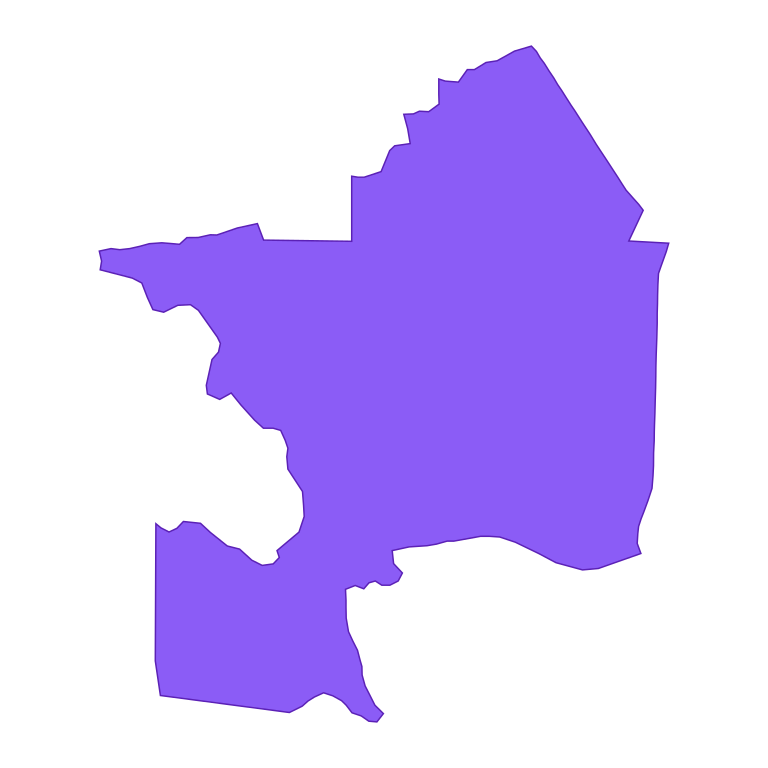 the district of Caxingó, Piauí, Brazil
{"feature_id": "56859067B67253646809500", "entity_name": "Caxingó", "entity_type": "district", "adm_level": 2, "iso_a3": "BRA", "parent_name": "Brazil", "parent_adm1": "Piauí", "projection": "natural_earth1", "projection_center": [-41.859, -3.393], "detail": "fine", "context": "isolated", "style": "filled", "palette": "violet", "viewbox_px": 768, "rotation_deg": 0, "n_neighbors": 0, "source": "geoboundaries", "source_scale": "gbopen_adm2", "svg_char_len": 2428}
<svg xmlns="http://www.w3.org/2000/svg" viewBox="0 0 768 768"><path d="M257.4,223.6L237.3,228.0L216.8,235.0L210.3,234.8L198.2,237.5L186.9,237.6L179.5,244.3L170.6,243.5L161.8,242.8L149.3,243.7L139.9,246.3L129.7,248.6L119.8,249.7L111.0,248.6L99.3,251.1L101.6,261.1L100.2,269.8L132.3,278.1L141.8,283.0L147.4,297.5L152.9,309.6L163.7,312.2L177.8,305.3L190.5,304.7L198.4,310.3L217.4,337.2L220.4,343.4L218.5,352.1L212.0,359.5L206.3,385.3L207.4,394.0L219.7,399.4L231.2,393.0L241.0,405.1L254.7,420.3L263.4,428.2L273.1,428.2L280.7,430.4L285.2,440.3L287.9,448.2L286.8,456.7L287.9,469.1L302.5,491.5L303.6,505.8L304.2,516.5L299.0,532.1L277.0,550.6L279.3,557.5L273.2,563.9L262.2,565.4L251.8,560.2L239.6,549.1L227.3,546.0L210.3,532.4L200.5,523.3L183.4,521.5L176.9,528.3L169.0,532.0L161.0,527.9L155.9,523.7L155.3,660.9L160.4,695.5L289.4,712.5L302.3,706.1L307.9,701.1L314.4,697.0L323.6,692.8L332.8,695.8L341.6,700.7L346.2,705.2L352.0,712.8L361.2,715.9L368.8,721.2L376.9,721.9L383.4,713.6L374.9,705.2L369.6,694.7L365.1,685.9L362.1,675.0L361.9,666.5L360.0,659.9L357.5,650.3L352.7,640.8L348.5,631.7L346.2,618.1L346.0,607.5L346.0,600.2L345.5,589.3L355.2,585.5L363.8,588.8L369.0,582.8L375.3,581.0L381.8,585.2L389.9,585.2L398.2,581.0L402.4,573.0L393.6,563.6L392.2,550.6L409.1,546.9L427.1,545.7L436.5,544.1L447.2,541.1L453.9,541.1L480.6,536.3L489.2,536.3L499.7,537.0L515.3,542.2L538.7,553.5L556.0,562.7L582.5,569.9L598.3,568.5L640.9,553.5L637.2,543.4L637.8,533.6L638.6,526.4L641.1,518.8L643.8,511.9L648.0,500.5L652.0,488.4L653.0,476.0L653.5,465.8L653.6,452.8L654.2,440.7L654.3,431.6L654.5,424.5L654.9,413.4L655.2,401.3L655.6,388.0L655.8,376.6L655.9,366.4L656.2,354.6L656.8,338.1L657.2,323.1L657.2,313.4L657.5,303.5L657.6,295.2L657.9,284.6L658.5,273.5L661.1,266.0L666.3,251.5L668.7,243.2L628.8,241.0L643.2,210.3L638.9,204.6L632.4,197.3L626.1,190.2L621.9,183.7L617.6,176.9L612.7,169.4L606.7,160.2L599.9,149.9L596.2,144.3L590.4,134.8L582.0,122.0L574.9,110.9L571.1,105.3L566.5,98.1L561.9,90.8L557.6,84.5L553.8,78.0L549.2,71.2L544.2,63.2L540.2,57.9L536.4,51.4L531.4,46.1L514.5,51.1L497.1,60.8L486.0,62.5L474.4,69.6L467.3,69.6L458.4,82.1L445.3,81.1L438.8,79.0L438.8,86.7L438.8,94.2L439.1,104.1L428.7,111.7L419.4,111.2L413.5,113.9L403.8,114.3L407.7,128.8L410.2,143.6L394.7,145.8L389.7,150.6L381.1,171.6L364.2,177.2L357.9,177.2L351.7,176.2L351.7,222.3L351.7,231.9L351.7,241.3L263.6,240.1L257.4,223.6Z" fill="#8b5cf6" stroke="#5b21b6" stroke-width="1.5"/></svg>